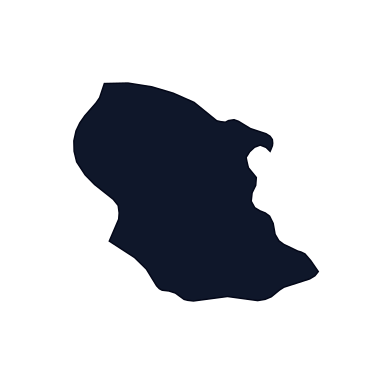 the border of Phú Thọ, rotated 325°
{"feature_id": "VNM-469", "entity_name": "Phú Thọ", "entity_type": "Province", "adm_level": 1, "iso_a3": "VNM", "parent_name": "Vietnam", "parent_adm1": "", "projection": "robinson", "projection_center": [105.192, 21.309], "detail": "fine", "context": "isolated", "style": "filled", "palette": "ink", "viewbox_px": 384, "rotation_deg": 325, "n_neighbors": 0, "source": "natural_earth", "source_scale": "10m", "svg_char_len": 1108}
<svg xmlns="http://www.w3.org/2000/svg" viewBox="0 0 384 384"><g transform="rotate(325 192 192)"><path d="M245.1,119.8L253.1,147.8L255.7,150.7L259.4,154.0L262.8,154.4L267.9,156.9L270.6,160.7L276.2,173.5L286.1,186.8L287.9,191.1L287.9,195.1L286.1,198.3L284.4,200.2L281.4,202.2L279.3,203.5L278.3,198.0L274.8,192.7L268.9,191.2L262.3,192.1L256.2,194.7L254.7,198.0L252.9,202.4L252.1,204.6L253.0,217.0L248.0,223.1L240.8,227.1L235.2,233.5L234.4,240.8L236.8,246.3L240.0,251.2L241.7,256.3L240.5,264.2L235.8,274.3L235.2,281.8L237.1,287.5L242.3,296.7L244.7,301.0L246.9,303.7L249.0,307.5L249.9,316.3L249.8,329.6L244.7,331.1L238.6,330.7L212.7,322.7L207.5,322.5L196.9,323.3L190.4,321.9L183.5,318.6L161.1,297.9L130.7,282.1L126.3,278.2L123.9,275.4L120.4,265.2L116.3,259.8L111.2,255.3L109.8,252.5L109.2,248.5L110.4,229.0L107.4,212.8L96.1,184.8L116.4,172.2L120.3,167.4L123.8,160.7L123.3,152.8L116.5,130.0L114.3,116.7L114.8,101.2L118.8,91.0L124.6,82.3L132.1,75.4L139.7,71.1L147.9,68.1L164.5,64.0L170.4,61.8L182.4,52.9L202.0,66.0L219.5,82.9L233.3,100.3L245.1,119.8Z" fill="#0f172a" stroke="#020617" stroke-width="1.5"/></g></svg>